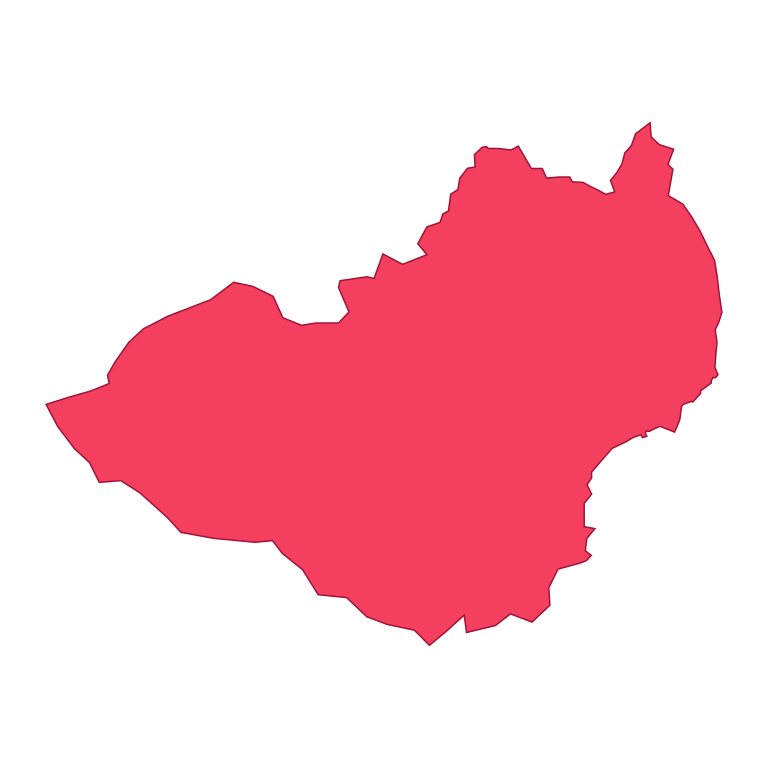 outline of Kedares, Paphos, Cyprus
{"feature_id": "46923920B11025304777915", "entity_name": "Kedares", "entity_type": "district", "adm_level": 2, "iso_a3": "CYP", "parent_name": "Cyprus", "parent_adm1": "Paphos", "projection": "albers", "projection_center": [32.731, 34.831], "detail": "fine", "context": "isolated", "style": "filled", "palette": "rose", "viewbox_px": 768, "rotation_deg": 0, "n_neighbors": 0, "source": "geoboundaries", "source_scale": "gbopen_adm2", "svg_char_len": 1888}
<svg xmlns="http://www.w3.org/2000/svg" viewBox="0 0 768 768"><path d="M340.1,280.7L338.5,287.5L349.0,312.0L338.5,323.0L316.0,323.0L301.5,325.3L282.9,317.8L273.1,296.3L252.8,286.4L233.7,282.3L210.6,299.7L168.3,316.0L143.4,328.8L128.9,342.2L115.0,362.0L107.5,375.3L109.2,383.5L90.7,391.0L69.8,396.9L46.1,404.4L47.0,406.1L57.7,426.5L74.4,448.6L89.5,462.6L99.3,482.4L120.8,480.6L139.9,492.9L167.1,517.3L181.0,532.4L213.4,538.3L255.1,542.3L272.5,540.6L282.3,553.4L302.6,569.7L318.2,594.7L346.6,597.6L366.9,616.8L387.2,624.4L414.4,630.2L427.0,642.9L429.4,645.3L445.7,631.9L464.2,615.1L466.5,632.5L495.5,625.5L510.5,613.9L532.0,622.1L549.9,605.2L548.8,587.7L558.0,569.1L581.2,562.7L586.6,560.5L591.3,555.4L585.3,550.7L586.8,538.5L594.9,528.6L584.2,526.7L584.2,503.3L591.6,494.2L587.1,484.7L591.6,478.0L591.6,472.0L612.1,448.4L626.1,441.7L633.5,437.3L640.9,434.8L642.4,437.6L646.8,436.3L645.5,433.4L646.1,431.0L649.5,431.4L652.4,429.7L659.9,426.3L674.6,432.1L679.7,420.1L681.6,406.4L683.4,404.3L691.5,401.4L692.8,402.0L700.5,393.6L700.7,390.7L711.3,383.0L711.2,380.6L713.1,377.5L715.3,377.8L718.0,374.8L714.9,367.2L715.9,353.9L717.0,342.5L715.2,329.7L718.5,323.0L721.9,312.4L719.3,294.8L717.1,276.0L714.6,260.4L707.4,246.3L700.3,231.4L691.8,217.0L682.8,204.1L668.3,195.6L672.9,169.2L668.0,164.6L673.6,149.2L659.3,144.6L651.1,136.8L650.1,122.7L635.5,133.9L631.4,145.6L624.8,152.9L621.9,164.1L616.6,172.9L610.5,180.4L614.7,191.9L605.7,194.3L598.2,190.2L589.7,186.1L583.1,182.4L572.4,181.9L569.8,177.0L559.3,177.0L546.5,178.0L542.3,168.5L531.4,168.5L518.3,146.1L511.0,150.0L498.7,148.5L488.2,148.5L486.5,146.6L482.2,147.3L477.3,151.9L474.4,154.6L475.1,167.0L467.4,168.3L459.8,178.2L457.9,189.6L450.7,194.2L448.5,210.9L442.8,214.0L440.1,222.4L426.9,226.9L417.8,243.7L426.9,254.7L402.6,264.3L382.9,254.0L374.1,278.4L366.9,276.8L340.1,280.7Z" fill="#f43f5e" stroke="#9f1239" stroke-width="1.5"/></svg>